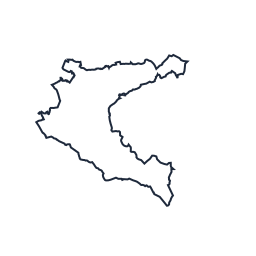 outline of Dezna, Arad, Romania, rotated 66°
{"feature_id": "2599482B61534959495049", "entity_name": "Dezna", "entity_type": "district", "adm_level": 2, "iso_a3": "ROU", "parent_name": "Romania", "parent_adm1": "Arad", "projection": "equal_earth", "projection_center": [22.259, 46.427], "detail": "fine", "context": "isolated", "style": "outline", "palette": "slate", "viewbox_px": 256, "rotation_deg": 66, "n_neighbors": 0, "source": "geoboundaries", "source_scale": "gbopen_adm2", "svg_char_len": 5712}
<svg xmlns="http://www.w3.org/2000/svg" viewBox="0 0 256 256"><g transform="rotate(66 128 128)"><path d="M199.1,130.9L203.8,127.0L211.9,124.8L214.8,124.1L215.1,123.2L215.0,122.7L214.6,121.7L214.3,121.4L213.4,121.0L212.8,120.6L211.7,119.0L210.9,118.1L210.4,117.8L209.6,116.9L208.6,115.6L208.0,114.4L196.4,114.7L196.4,113.8L196.4,113.5L195.9,112.7L194.7,112.3L194.0,111.6L193.4,111.4L193.2,111.1L192.9,111.1L192.3,111.5L192.0,111.5L191.7,111.5L190.9,111.1L190.0,110.9L189.3,110.3L189.0,109.8L188.2,109.1L185.8,106.1L183.2,105.1L184.0,103.2L181.1,104.5L179.9,104.3L177.2,103.1L176.6,104.8L177.3,107.2L175.7,109.4L172.8,112.4L168.4,114.1L165.5,113.7L163.9,115.5L163.1,117.2L165.1,120.5L165.9,123.7L167.2,127.5L162.7,129.0L160.9,131.0L159.6,131.9L158.1,132.2L157.3,131.7L155.8,131.3L152.9,131.7L152.1,132.6L151.1,134.7L150.5,135.0L147.6,133.6L146.6,133.3L145.4,133.7L143.4,134.2L143.8,134.6L144.4,135.6L144.4,136.3L143.8,137.4L142.7,138.6L140.7,139.5L137.6,139.6L136.8,139.5L136.0,139.0L134.5,137.2L134.3,136.9L133.9,136.6L131.6,138.2L128.8,137.1L128.2,137.0L127.3,137.5L126.9,138.9L125.9,140.2L124.9,143.7L124.3,143.8L123.5,144.1L122.7,143.7L122.0,143.0L121.0,142.6L116.9,142.1L113.5,141.5L110.0,140.5L109.6,139.8L109.2,139.4L108.9,139.3L107.8,139.3L107.8,138.9L107.6,138.8L105.3,138.9L102.2,137.5L100.7,135.1L100.1,132.0L100.0,130.7L98.9,127.7L98.3,127.2L97.6,124.9L97.6,123.2L96.8,123.9L95.1,122.3L94.4,122.8L93.9,122.3L93.9,121.7L95.1,120.8L95.1,120.0L95.5,119.5L94.9,119.5L94.6,119.3L94.7,118.1L94.9,117.6L95.3,117.2L96.2,117.2L97.8,117.7L96.4,116.7L96.0,113.8L95.3,112.6L95.3,112.2L95.2,111.4L95.2,110.7L95.4,110.0L95.4,108.9L94.9,108.2L94.8,107.7L95.3,107.0L95.6,106.2L95.6,104.9L95.8,104.1L95.7,101.4L95.4,100.6L95.0,99.6L93.7,98.7L94.5,94.8L94.9,93.3L94.5,89.3L95.8,88.1L96.2,86.1L96.0,84.4L95.3,84.2L93.5,81.9L92.6,81.7L92.3,80.5L91.0,79.1L91.7,79.1L92.2,77.8L94.0,77.5L94.5,77.9L95.4,77.8L96.1,77.1L95.9,74.2L96.2,72.7L95.0,71.5L94.3,67.9L94.9,66.0L94.1,65.5L93.7,64.7L97.2,62.6L99.2,62.8L99.9,62.6L101.8,62.5L101.9,62.1L99.8,61.0L100.1,57.4L101.2,55.8L99.1,53.4L96.4,51.8L92.5,49.6L91.4,46.6L89.3,50.2L87.5,51.9L85.3,52.4L79.7,56.9L80.2,58.9L78.5,60.9L80.6,64.0L81.2,65.9L82.9,70.4L83.3,70.4L83.8,70.8L84.1,71.5L83.9,73.6L84.3,74.9L84.8,75.7L84.9,76.6L85.5,78.1L82.3,78.1L80.6,78.3L79.1,78.7L76.8,79.6L75.8,80.4L75.2,81.3L73.7,82.4L73.2,82.9L72.9,83.7L72.9,84.3L73.0,84.7L73.5,85.2L74.2,85.6L74.8,86.2L75.1,86.7L75.2,87.4L75.0,89.6L74.6,90.5L73.3,91.9L73.0,92.7L73.0,93.5L72.8,95.2L72.5,95.7L72.2,96.7L71.8,97.2L71.6,97.8L71.0,98.1L70.7,98.1L70.2,98.5L69.9,98.4L69.3,98.7L70.3,99.2L69.7,101.3L68.3,104.0L68.0,105.3L67.5,106.1L66.6,108.7L64.2,108.5L63.6,110.8L63.4,112.8L65.2,113.0L64.9,114.7L64.3,115.8L64.3,117.2L64.6,118.0L64.9,119.4L64.7,120.3L65.3,120.9L63.5,120.8L63.4,121.8L62.6,122.2L62.6,122.6L62.4,122.9L62.2,123.2L62.3,123.7L62.5,124.1L63.0,124.1L63.4,127.2L63.6,127.4L63.4,128.1L62.8,128.6L62.6,128.9L62.8,129.4L61.9,130.3L61.4,131.2L61.2,132.0L60.9,132.9L61.3,133.4L61.3,133.9L60.9,135.5L60.4,136.3L59.8,137.9L59.7,138.6L59.1,139.6L58.7,140.7L58.5,142.0L57.5,142.9L55.4,144.0L54.9,144.7L54.7,144.9L54.3,145.8L54.1,146.0L54.0,146.3L52.7,146.6L52.2,147.2L51.7,146.8L51.5,146.4L51.2,146.3L51.1,146.0L51.3,145.3L48.2,144.6L48.0,145.8L47.2,146.7L46.8,148.0L46.2,148.9L44.4,150.5L43.0,150.9L42.8,151.8L41.7,153.6L41.2,154.8L41.8,154.6L43.3,155.7L42.2,156.8L40.9,157.5L41.1,158.0L46.4,163.4L46.9,163.3L47.9,163.2L48.6,162.8L49.5,162.0L52.5,159.6L53.1,158.7L53.1,157.9L52.9,157.5L52.6,157.1L53.4,156.3L53.7,156.4L54.8,156.9L55.5,157.0L55.7,156.4L55.6,156.2L55.4,155.7L56.1,155.4L56.6,155.6L58.2,155.4L59.2,156.7L58.9,156.8L62.8,162.8L60.0,164.3L60.6,164.9L60.2,165.2L59.4,165.3L58.9,165.6L58.9,166.4L59.0,166.7L58.9,167.3L58.3,167.9L58.4,168.4L58.1,168.7L57.5,169.1L57.2,169.1L56.6,168.6L56.5,168.2L56.2,168.2L55.9,168.5L55.7,168.5L55.4,168.9L54.8,168.9L54.7,169.2L55.8,169.6L56.5,169.7L56.8,170.1L56.9,170.5L57.0,171.2L57.4,171.7L57.1,172.2L57.5,174.0L57.5,176.0L57.7,176.8L57.6,180.0L60.2,179.1L61.3,179.1L62.4,178.7L63.2,178.1L64.5,177.7L68.7,178.0L70.7,178.3L74.1,178.9L75.6,178.9L80.5,183.9L80.3,184.8L80.0,185.7L79.5,187.7L78.2,190.5L78.6,191.4L78.9,191.5L79.7,192.1L80.1,192.1L80.3,192.4L80.6,192.5L80.9,192.9L81.5,193.1L81.8,193.6L83.0,194.5L83.0,195.0L82.6,195.2L80.3,195.1L80.3,196.0L80.5,196.5L81.2,197.2L80.8,198.2L80.4,198.9L78.0,200.4L78.1,200.5L78.2,201.8L77.7,202.2L78.2,203.7L78.5,203.6L78.9,203.4L78.6,202.1L78.7,201.7L78.9,201.5L79.6,201.4L81.8,201.6L83.9,201.3L84.5,201.5L85.9,201.4L85.9,201.8L85.6,202.4L85.4,202.7L85.7,203.5L85.7,204.1L85.2,206.0L85.1,206.9L85.4,209.4L90.2,208.6L97.3,208.0L97.8,207.6L98.2,207.6L98.6,207.2L101.0,206.4L101.7,206.4L101.7,206.6L103.8,206.6L104.2,204.1L104.6,201.6L106.3,200.3L107.3,199.9L108.3,198.5L108.5,198.3L109.7,197.9L109.8,197.7L109.7,197.6L112.0,196.3L115.6,193.1L116.5,192.3L117.8,192.2L118.5,191.3L118.2,190.3L118.7,188.8L119.1,187.9L119.7,187.8L122.5,188.1L130.4,183.4L132.0,183.9L132.9,183.9L134.1,184.2L135.5,184.2L136.3,184.5L137.4,184.1L138.8,182.2L139.7,180.6L140.5,180.0L140.8,179.0L141.2,178.5L142.8,177.7L143.6,177.1L144.4,176.0L144.6,174.6L147.4,173.9L149.6,173.6L151.6,173.1L152.7,171.7L154.2,171.3L155.5,169.9L156.3,169.4L158.2,169.2L159.6,168.8L160.1,169.4L160.7,170.1L161.8,170.4L163.1,170.6L164.9,170.4L166.1,170.2L166.9,169.5L167.8,167.3L168.2,164.8L168.5,159.2L170.5,157.5L171.8,154.6L173.1,154.4L173.1,154.1L172.3,154.1L174.8,149.2L174.7,147.5L177.8,144.7L179.7,142.6L180.9,141.5L183.8,139.8L184.8,139.5L185.5,139.0L186.0,137.6L187.2,136.4L188.1,136.0L187.9,134.6L188.0,134.3L189.7,133.6L190.1,133.1L190.4,131.6L191.7,131.4L197.2,131.1L197.4,130.7L199.1,130.9Z" fill="none" stroke="#1e293b" stroke-width="2"/></g></svg>